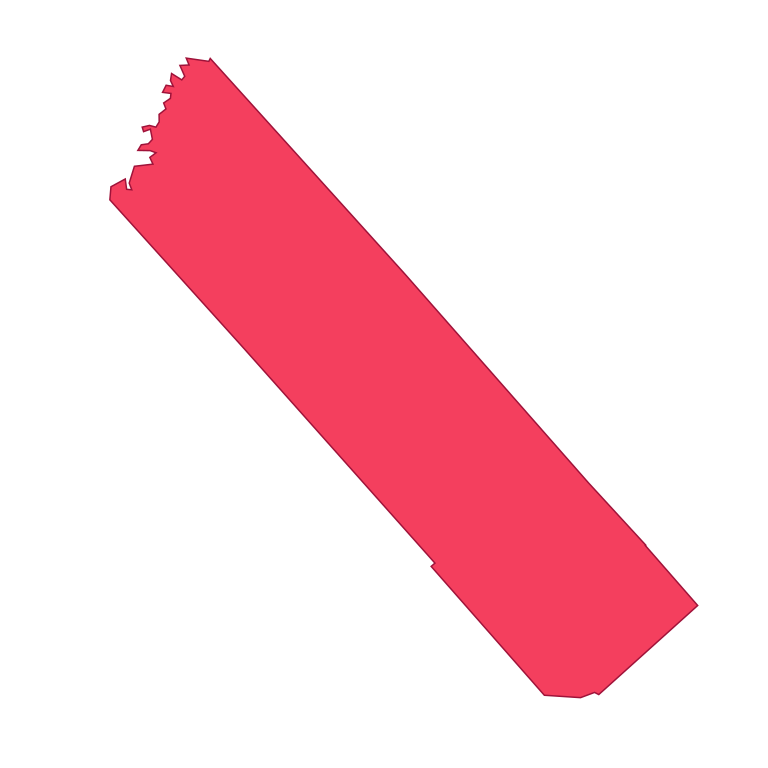 Wayne, Utah, United States of America, rotated 228°
{"feature_id": "52423323B53425480585929", "entity_name": "Wayne", "entity_type": "district", "adm_level": 2, "iso_a3": "USA", "parent_name": "United States of America", "parent_adm1": "Utah", "projection": "albers", "projection_center": [-110.379, 38.33], "detail": "fine", "context": "isolated", "style": "filled", "palette": "rose", "viewbox_px": 768, "rotation_deg": 228, "n_neighbors": 0, "source": "geoboundaries", "source_scale": "gbopen_adm2", "svg_char_len": 783}
<svg xmlns="http://www.w3.org/2000/svg" viewBox="0 0 768 768"><g transform="rotate(228 384 384)"><path d="M9.5,468.9L89.1,470.1L89.1,470.7L173.7,469.8L451.7,473.1L742.2,472.7L741.0,469.7L758.5,455.1L751.5,452.6L757.3,445.5L746.0,441.8L745.3,437.2L756.9,433.9L752.4,428.4L746.1,426.5L751.8,422.0L748.9,414.6L742.5,420.1L739.2,416.4L740.3,408.3L734.3,406.0L734.9,397.3L729.2,392.3L727.5,386.4L733.1,382.7L736.7,376.2L732.4,374.2L729.7,380.9L720.8,375.6L720.2,369.6L724.2,363.7L722.3,357.4L713.9,366.4L708.4,369.3L709.1,361.6L702.0,359.4L712.8,344.2L703.8,329.1L697.1,326.5L700.9,323.0L709.5,328.9L713.3,313.1L704.3,303.5L506.1,303.7L216.8,302.0L216.9,297.0L45.4,294.9L41.5,298.7L19.4,320.2L13.9,334.1L9.5,335.8L9.5,468.9Z" fill="#f43f5e" stroke="#9f1239" stroke-width="1.5"/></g></svg>